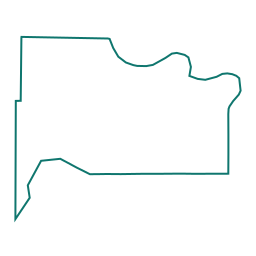 Wyandotte, Kansas, United States of America (Robinson projection)
{"feature_id": "52423323B35969743598572", "entity_name": "Wyandotte", "entity_type": "district", "adm_level": 2, "iso_a3": "USA", "parent_name": "United States of America", "parent_adm1": "Kansas", "projection": "robinson", "projection_center": [-94.709, 39.097], "detail": "fine", "context": "isolated", "style": "outline", "palette": "teal", "viewbox_px": 256, "rotation_deg": 0, "n_neighbors": 0, "source": "geoboundaries", "source_scale": "gbopen_adm2", "svg_char_len": 782}
<svg xmlns="http://www.w3.org/2000/svg" viewBox="0 0 256 256"><path d="M228.3,173.7L228.3,173.2L228.4,155.1L228.4,141.3L228.4,134.5L228.4,134.4L228.3,114.0L228.6,108.8L229.5,106.4L233.2,101.0L238.8,94.6L240.6,90.7L239.2,78.2L236.3,75.8L232.3,74.2L227.3,73.4L222.3,73.9L216.6,76.8L205.3,79.8L197.7,78.9L189.4,75.9L190.9,66.9L189.6,61.9L188.4,57.4L184.7,54.9L176.8,52.9L171.9,53.6L165.5,57.9L152.9,64.9L146.2,66.1L137.1,65.9L133.3,65.1L125.9,62.5L118.3,56.7L113.2,48.0L109.6,38.9L107.8,38.5L21.5,36.9L21.4,37.7L20.7,100.8L15.8,100.9L15.4,219.1L29.7,197.8L27.8,185.3L41.1,160.8L60.3,158.8L76.9,167.7L89.9,174.2L99.9,174.1L106.6,174.0L119.8,174.1L121.4,174.1L142.8,173.8L159.2,173.8L172.4,173.7L185.7,173.7L193.9,173.8L228.3,173.7Z" fill="none" stroke="#0f766e" stroke-width="2"/></svg>